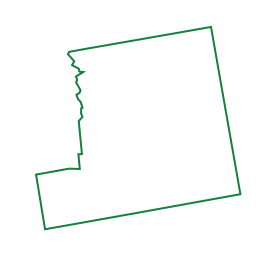 outline of Edwards, Texas, United States of America, rotated 170°
{"feature_id": "52423323B96652215547422", "entity_name": "Edwards", "entity_type": "district", "adm_level": 2, "iso_a3": "USA", "parent_name": "United States of America", "parent_adm1": "Texas", "projection": "natural_earth1", "projection_center": [-100.041, 29.957], "detail": "fine", "context": "isolated", "style": "outline", "palette": "green", "viewbox_px": 256, "rotation_deg": 170, "n_neighbors": 0, "source": "geoboundaries", "source_scale": "gbopen_adm2", "svg_char_len": 529}
<svg xmlns="http://www.w3.org/2000/svg" viewBox="0 0 256 256"><g transform="rotate(170 128 128)"><path d="M227.3,42.7L151.3,42.8L28.8,43.3L28.7,213.1L152.2,213.3L172.8,213.2L174.3,211.1L169.4,203.1L172.2,199.6L166.2,195.0L166.1,192.0L162.4,190.9L170.3,187.7L169.6,184.4L171.2,182.0L168.2,173.4L169.7,170.9L173.0,169.6L172.2,165.1L170.1,161.9L169.3,155.8L170.7,155.5L171.7,150.3L170.9,146.9L175.3,143.4L177.9,110.4L181.4,110.7L182.6,96.0L193.0,98.2L226.6,98.1L227.3,42.7Z" fill="none" stroke="#15803d" stroke-width="2"/></g></svg>